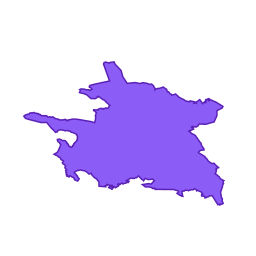 outline of Kildare Lea-5, Kildare, Ireland, rotated 8°
{"feature_id": "5873133B34299058506876", "entity_name": "Kildare Lea-5", "entity_type": "district", "adm_level": 2, "iso_a3": "IRL", "parent_name": "Ireland", "parent_adm1": "Kildare", "projection": "natural_earth1", "projection_center": [-6.982, 53.189], "detail": "fine", "context": "isolated", "style": "filled", "palette": "violet", "viewbox_px": 256, "rotation_deg": 8, "n_neighbors": 0, "source": "geoboundaries", "source_scale": "gbopen_adm2", "svg_char_len": 5836}
<svg xmlns="http://www.w3.org/2000/svg" viewBox="0 0 256 256"><g transform="rotate(8 128 128)"><path d="M105.1,64.5L102.7,65.2L101.4,65.4L100.4,66.3L96.3,65.8L95.9,66.4L95.1,66.8L95.0,67.6L95.2,68.0L94.9,68.2L103.2,84.0L88.2,89.5L84.3,91.2L83.9,92.2L84.1,93.0L85.7,93.4L86.9,94.7L86.0,95.3L85.3,96.1L83.9,95.6L81.5,95.9L79.0,95.6L76.4,95.8L75.5,96.1L74.8,96.7L75.2,96.9L75.6,97.7L75.0,99.7L80.0,100.2L81.2,100.6L82.3,100.7L87.2,104.0L91.5,103.5L93.6,101.8L93.3,101.4L93.9,100.7L95.6,101.4L99.1,103.4L101.2,103.8L101.6,104.5L102.3,104.9L102.7,105.5L104.5,106.5L106.4,108.0L106.9,108.1L106.3,108.8L105.7,111.1L104.5,111.2L104.3,111.5L102.9,111.3L102.2,112.1L101.2,112.1L101.1,112.6L100.3,112.8L99.7,112.7L99.5,112.2L98.1,112.4L96.7,113.2L96.2,113.3L95.9,114.3L95.1,114.2L94.9,114.5L94.3,114.7L93.8,114.5L93.1,114.8L92.0,114.5L91.5,114.7L91.5,115.6L92.3,115.6L93.2,115.9L93.6,116.7L94.6,117.3L94.0,119.8L94.2,121.3L94.6,121.6L94.5,125.2L94.2,127.3L90.4,126.8L76.3,126.4L71.9,126.9L67.4,128.5L67.1,129.3L66.0,128.6L65.1,128.8L64.7,128.2L63.8,128.4L62.7,129.1L61.9,129.0L60.7,129.4L59.8,129.5L59.2,129.3L58.0,129.4L57.6,128.9L55.1,128.9L52.0,127.4L51.6,127.5L50.8,128.2L49.6,127.7L48.5,127.9L47.6,128.4L46.9,128.2L45.9,127.5L45.9,127.3L44.6,127.2L43.2,127.6L42.0,127.5L40.8,128.0L40.2,127.8L39.9,127.3L39.2,126.9L38.0,127.0L38.0,126.7L37.4,126.3L36.6,126.2L35.6,126.4L35.0,126.1L33.6,126.3L32.6,125.7L31.5,126.4L31.1,126.3L28.9,126.7L27.9,128.0L26.4,128.4L25.4,129.1L24.8,129.2L23.2,130.8L25.1,132.7L28.5,133.3L41.2,134.7L46.7,133.8L52.1,138.8L54.5,140.4L56.8,142.4L57.7,141.9L58.3,141.9L58.9,140.3L59.5,140.2L60.5,139.3L62.8,139.1L65.3,139.3L65.9,139.6L68.4,138.9L69.1,139.2L71.3,139.2L72.0,140.0L74.1,140.2L75.8,140.8L76.4,140.8L78.0,141.4L78.0,142.0L78.8,142.5L78.8,143.0L79.3,143.6L79.2,144.1L79.5,144.6L79.2,145.1L79.6,146.5L79.0,146.9L78.9,148.0L77.3,149.9L77.3,150.6L76.7,150.8L76.4,151.8L76.6,152.4L75.8,152.8L75.4,153.6L75.7,153.9L75.5,154.3L74.4,155.2L73.4,154.5L72.5,154.5L72.1,154.3L72.1,154.0L71.6,153.8L71.5,153.2L71.1,153.0L71.1,152.4L69.8,151.8L69.9,151.4L69.2,151.0L69.1,150.4L67.6,149.4L66.3,149.3L65.1,149.6L62.0,148.5L59.7,149.1L59.8,150.2L60.4,150.7L60.7,151.5L62.0,151.9L62.7,153.0L63.6,153.5L63.6,154.9L61.8,161.2L61.0,162.3L58.4,164.3L60.3,165.0L61.6,165.2L63.5,166.5L64.3,166.4L64.6,166.8L65.1,167.1L66.0,168.6L67.4,169.1L67.9,169.1L68.7,169.7L68.8,170.0L67.8,171.3L67.9,171.7L68.5,172.4L70.1,173.1L71.5,174.2L71.1,175.2L71.0,176.0L71.3,176.5L73.0,177.8L73.0,178.2L72.2,178.7L72.7,179.4L72.6,180.5L73.4,180.9L73.1,182.3L74.3,183.0L73.8,183.8L74.0,184.1L74.4,184.3L75.5,184.0L76.0,184.6L76.4,184.7L76.7,184.5L76.8,183.8L77.5,183.3L79.2,184.3L80.9,184.6L81.9,185.5L82.0,186.3L82.7,186.9L85.6,187.5L86.8,185.1L85.4,184.0L84.3,182.3L83.5,181.6L83.0,181.5L82.7,180.9L81.0,179.7L80.9,179.4L81.1,179.0L84.3,176.9L85.0,176.9L86.3,176.3L87.4,176.2L88.8,176.4L90.9,176.4L93.4,177.4L95.9,179.1L97.8,178.0L99.0,179.7L100.6,181.0L102.6,182.4L103.4,182.3L106.7,185.5L107.4,189.7L114.1,189.3L113.9,188.7L113.3,188.6L113.7,188.2L115.2,187.8L115.0,186.9L116.6,187.0L117.3,187.3L120.1,187.1L119.8,188.0L117.7,187.8L117.8,188.4L117.1,189.6L117.5,189.9L118.2,190.1L119.1,189.9L120.4,190.9L120.7,190.9L121.7,189.2L120.6,188.8L121.0,187.7L123.1,188.3L123.8,188.9L126.6,186.8L126.5,186.2L125.8,185.4L126.2,184.4L127.7,185.3L128.9,184.0L129.8,183.3L130.8,184.2L131.8,183.5L134.1,182.6L134.7,181.7L135.7,182.0L136.5,180.6L133.8,180.3L137.6,177.3L141.3,177.1L142.2,176.1L143.2,176.2L145.0,174.0L148.2,176.5L148.4,176.4L148.8,177.0L150.4,177.4L150.3,177.5L150.8,178.1L152.0,175.5L155.2,176.3L159.5,175.2L161.4,176.5L158.7,180.3L156.2,180.2L150.1,182.0L153.3,183.9L157.2,183.4L159.4,183.7L160.4,184.1L160.8,184.5L162.9,183.9L163.3,185.0L182.2,182.5L182.8,182.8L186.4,183.3L186.8,183.6L186.9,184.5L185.6,185.9L188.3,187.1L188.3,187.3L189.4,187.4L190.3,187.7L190.4,188.0L191.8,188.0L191.3,187.1L191.0,185.6L190.3,184.3L190.5,183.0L192.5,182.6L192.8,181.9L194.1,181.6L195.9,181.4L196.7,181.7L199.4,180.2L201.0,180.2L202.6,178.8L204.2,179.8L204.8,180.7L205.8,180.0L207.0,180.6L209.1,181.1L209.7,181.4L211.2,183.1L210.1,183.5L210.4,185.1L212.7,185.0L213.8,185.4L213.8,186.4L215.0,186.2L215.6,185.6L217.4,184.8L218.1,183.8L220.8,183.3L227.7,191.5L229.4,190.6L229.7,191.4L232.8,189.5L231.3,187.0L231.4,186.1L231.2,184.7L230.2,183.9L228.6,178.6L229.7,173.1L229.7,171.1L230.2,169.9L229.9,169.9L229.8,168.1L230.0,167.0L230.2,166.8L226.5,165.4L224.9,163.4L224.2,163.2L222.3,161.8L220.8,161.4L221.5,158.2L221.0,157.3L221.0,156.9L221.4,156.7L220.9,155.7L223.9,154.4L222.8,154.5L221.2,153.2L220.6,153.0L218.0,150.9L216.4,151.6L214.0,150.7L211.8,149.3L210.6,147.8L208.2,146.0L208.2,145.6L201.2,142.6L201.5,141.5L203.0,140.1L203.7,139.8L206.2,139.3L206.2,138.2L203.7,135.6L202.3,133.1L202.4,132.8L201.6,132.4L195.7,126.0L194.1,125.3L191.7,124.6L190.5,123.6L188.7,122.8L189.4,122.0L189.7,122.3L193.1,119.9L190.9,118.7L191.4,117.4L191.8,117.4L192.7,118.2L194.1,117.3L195.3,117.6L197.1,116.0L197.9,114.1L204.4,113.5L212.4,110.0L214.3,103.6L213.7,98.4L218.5,95.1L219.0,93.4L211.4,90.1L205.9,88.6L204.1,89.8L203.2,88.8L204.5,87.9L204.3,87.7L203.8,88.0L203.7,87.8L201.1,89.1L201.5,89.8L200.7,90.8L201.7,91.4L201.0,92.2L199.9,91.8L198.6,93.5L195.1,89.9L192.7,92.3L191.9,92.8L191.4,93.5L191.6,93.7L190.8,93.5L190.4,94.2L189.8,94.2L190.4,92.9L189.3,92.7L185.7,92.5L185.4,93.5L181.3,93.2L179.2,92.1L174.8,90.7L170.4,87.7L168.7,88.6L167.1,89.1L166.8,89.4L166.1,88.5L164.8,88.3L163.8,87.0L163.0,86.5L162.4,86.7L161.4,85.9L161.2,84.8L160.7,84.2L158.6,83.4L157.6,82.6L157.1,82.6L153.8,84.3L151.6,84.8L150.1,85.6L149.4,86.4L149.2,84.9L148.1,83.9L147.5,82.7L145.2,81.2L144.4,81.5L142.8,81.7L139.8,81.0L139.0,81.2L136.5,81.0L133.7,82.3L128.8,82.0L121.0,83.9L115.7,78.0L113.2,72.1L106.8,67.0L105.4,65.3L105.1,64.5Z" fill="#8b5cf6" stroke="#5b21b6" stroke-width="1.5"/></g></svg>